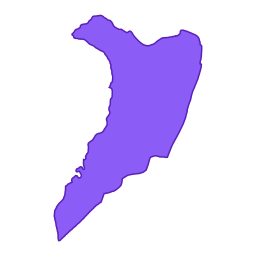 outline of Cidade De Pemba, Cabo Delgado, Mozambique
{"feature_id": "85939544B58572468312701", "entity_name": "Cidade De Pemba", "entity_type": "district", "adm_level": 2, "iso_a3": "MOZ", "parent_name": "Mozambique", "parent_adm1": "Cabo Delgado", "projection": "natural_earth1", "projection_center": [40.514, -13.03], "detail": "fine", "context": "isolated", "style": "filled", "palette": "violet", "viewbox_px": 256, "rotation_deg": 0, "n_neighbors": 0, "source": "geoboundaries", "source_scale": "gbopen_adm2", "svg_char_len": 5635}
<svg xmlns="http://www.w3.org/2000/svg" viewBox="0 0 256 256"><path d="M58.6,240.6L59.6,240.6L60.4,240.1L61.1,239.2L62.1,238.4L63.3,237.1L64.0,236.6L65.2,235.5L65.6,234.6L66.7,234.1L67.5,233.0L68.4,232.5L69.3,231.3L70.2,230.8L70.9,230.0L71.9,229.4L72.7,228.4L74.8,226.6L75.6,226.1L76.5,225.0L78.7,223.0L79.5,222.6L80.2,221.6L83.1,218.8L83.9,218.2L84.4,217.1L85.3,216.6L85.7,215.9L86.6,215.2L87.3,214.1L88.2,213.6L88.6,212.7L89.5,212.2L90.0,211.3L90.7,210.9L91.4,210.2L92.0,209.5L93.7,208.1L94.0,207.2L94.9,206.8L95.8,206.0L96.4,205.1L97.7,204.6L99.4,203.1L101.0,202.3L101.2,201.5L101.3,201.2L101.5,201.0L104.1,193.6L109.0,192.7L109.5,192.4L111.2,191.9L111.4,191.6L114.2,191.0L116.7,189.3L119.0,187.4L121.0,185.3L121.9,182.3L122.3,178.7L123.4,177.9L123.8,177.7L127.5,175.4L128.4,175.1L129.4,174.8L130.1,174.8L131.6,174.4L133.2,174.1L133.9,174.1L134.8,173.9L135.6,173.9L136.7,173.7L137.7,173.7L139.1,173.4L140.1,173.4L140.8,173.0L141.4,172.6L142.2,172.6L143.1,172.3L144.1,171.6L145.1,170.8L146.1,170.1L146.6,169.0L148.1,164.6L148.4,163.4L148.7,162.6L149.0,161.4L149.6,159.3L149.9,158.3L150.9,157.1L151.6,156.8L153.0,156.4L154.0,156.1L154.7,155.8L155.6,155.8L158.2,156.3L159.8,156.9L160.6,156.9L161.6,156.9L163.3,156.9L164.3,157.1L165.1,157.1L165.9,157.4L167.4,157.3L168.1,155.3L172.1,145.3L179.1,132.4L183.3,123.7L185.8,116.8L186.0,115.4L186.1,115.2L186.4,114.0L186.8,112.8L187.1,111.6L187.3,109.4L188.8,104.4L190.6,99.6L191.5,95.3L191.6,95.0L191.7,94.9L191.8,94.1L193.0,90.4L194.6,87.1L194.6,86.8L194.7,86.4L195.9,83.7L197.8,79.0L199.3,74.0L200.3,70.5L201.1,67.3L201.3,65.7L201.4,64.6L201.2,64.2L200.9,63.9L200.6,64.1L200.3,64.1L200.1,63.6L200.1,62.6L200.2,62.3L200.3,61.0L201.0,58.8L201.3,55.9L201.6,51.2L201.7,49.4L201.7,46.8L201.6,46.0L201.4,45.4L200.3,44.7L200.1,43.9L200.1,43.2L200.0,42.1L199.6,41.1L199.3,40.1L199.0,38.7L198.3,37.4L197.3,36.3L196.2,35.4L194.5,34.5L193.0,33.9L191.2,33.1L187.1,31.4L183.5,30.3L182.1,30.1L180.8,30.5L180.3,31.4L180.3,32.5L180.0,33.7L178.9,34.6L178.1,35.3L177.0,35.9L175.7,35.8L175.7,36.1L174.0,36.3L171.4,36.9L170.2,37.0L167.9,37.5L166.3,37.6L165.3,37.7L164.3,37.7L162.8,37.9L161.7,38.2L160.5,39.0L157.3,41.1L154.9,43.3L153.7,44.0L152.4,44.5L151.3,44.8L149.1,45.7L146.6,45.7L143.6,44.8L142.2,43.9L140.4,42.6L138.5,40.9L135.8,38.1L134.5,36.6L133.3,35.1L132.4,33.4L131.4,32.0L130.5,31.2L129.4,31.2L128.6,31.6L128.0,32.2L127.2,32.5L126.4,32.5L125.3,31.8L124.1,31.1L122.8,30.2L122.2,29.8L121.2,29.3L120.3,29.3L119.2,29.4L118.1,28.8L117.0,28.4L116.2,27.9L115.3,27.3L114.2,26.5L113.6,25.8L112.6,23.6L111.9,22.4L111.0,21.3L110.1,20.5L109.1,20.3L108.3,20.2L106.0,18.5L104.9,17.9L104.4,17.7L103.0,16.4L101.9,15.8L100.9,15.4L99.7,15.5L96.4,16.0L93.6,16.2L92.8,16.6L92.1,17.5L91.7,18.3L91.2,19.4L90.0,20.2L89.4,20.7L88.9,21.2L88.5,22.0L87.8,23.0L86.9,23.6L85.8,23.9L83.2,24.2L82.3,24.5L81.4,24.7L80.5,25.7L80.4,26.4L80.0,27.6L79.5,28.1L78.7,28.3L78.2,28.5L77.8,29.0L77.1,29.2L76.3,29.4L76.0,29.5L75.9,29.6L75.0,30.3L74.5,31.3L74.3,31.6L74.0,32.2L73.0,33.2L72.3,33.7L72.0,34.3L72.1,34.9L72.4,35.2L72.9,35.5L73.1,35.6L73.4,36.0L73.7,36.4L73.8,37.0L73.8,37.5L74.2,37.9L74.9,38.2L75.7,38.4L77.0,38.4L77.6,38.6L78.0,38.6L78.8,39.0L79.2,38.9L80.1,39.1L82.2,39.1L83.3,39.2L84.2,39.5L84.7,39.8L85.7,40.4L87.2,41.8L87.8,42.4L88.4,43.0L89.2,43.8L90.0,44.3L91.1,44.8L92.3,45.3L93.3,45.7L93.9,46.1L94.6,46.7L95.0,47.1L95.3,47.4L96.2,48.0L96.9,48.3L99.5,49.9L100.3,50.4L101.3,50.9L102.7,51.4L103.4,51.8L104.1,52.4L104.6,53.1L104.9,53.7L105.0,54.4L105.4,54.7L105.5,54.8L106.2,55.6L106.5,56.2L106.8,56.4L107.0,56.7L107.4,57.3L107.6,58.1L108.0,58.8L108.6,59.7L109.1,60.0L109.4,61.0L110.1,62.3L110.1,63.2L110.5,64.1L110.9,64.9L110.9,66.0L110.8,66.8L110.8,67.6L111.0,68.5L111.4,69.4L111.8,70.7L111.9,71.3L111.9,72.8L112.0,74.1L112.7,76.2L112.7,78.2L112.6,79.5L112.4,81.0L112.4,81.8L112.1,82.1L111.5,82.4L111.0,82.9L110.7,84.2L110.6,84.7L110.2,85.2L110.1,85.6L109.9,86.3L109.8,86.8L109.5,87.2L109.3,87.4L111.3,88.3L111.8,89.0L112.2,90.3L112.3,92.3L112.1,96.8L111.6,98.1L110.7,98.9L110.5,99.4L110.3,101.5L110.3,103.2L110.1,104.6L109.9,105.8L109.2,106.9L108.9,108.5L109.0,109.9L109.2,110.7L109.7,111.5L109.9,113.0L109.3,114.3L108.8,115.1L107.9,116.4L107.4,116.9L106.8,118.0L106.4,119.1L106.7,120.5L107.0,121.7L107.2,123.1L107.0,125.1L105.3,127.9L104.4,129.1L103.8,130.3L103.3,131.2L102.3,132.2L100.4,133.1L98.4,133.5L96.9,134.1L95.3,135.5L94.7,136.8L93.3,138.9L92.6,140.0L91.6,140.7L89.4,142.3L88.4,143.1L88.0,144.9L88.3,146.0L88.5,147.5L88.3,148.9L88.2,151.0L88.2,152.0L87.3,153.6L86.7,153.9L86.5,154.7L86.2,155.6L85.8,155.8L85.6,156.5L85.6,157.3L86.0,158.3L85.6,159.0L84.3,159.8L83.6,159.5L83.5,161.9L83.5,163.7L83.7,165.5L84.5,168.1L84.3,169.0L83.9,169.4L83.3,169.4L82.6,168.8L82.2,167.4L80.8,166.7L79.7,167.2L78.7,168.1L77.1,168.8L76.5,169.2L76.1,170.2L76.0,170.8L76.4,171.6L77.0,171.9L78.0,171.6L79.1,171.3L79.9,172.1L80.5,173.4L81.3,174.6L81.3,175.9L80.9,177.2L79.6,177.9L78.4,177.8L77.0,175.8L75.5,175.6L75.0,176.3L74.3,176.9L72.4,178.3L71.9,179.0L71.7,179.8L71.6,180.5L71.9,181.2L72.1,182.0L71.5,182.5L70.5,182.7L69.9,183.3L69.1,183.7L67.9,184.1L67.4,184.7L66.7,185.7L65.6,186.1L65.5,188.8L65.5,189.9L65.3,191.4L65.0,193.4L65.0,194.3L64.7,195.3L64.4,196.1L63.8,197.6L63.5,198.8L62.8,199.6L62.2,200.4L58.9,203.6L58.2,204.5L57.5,205.6L56.6,206.8L56.2,208.1L54.7,210.8L54.7,211.7L54.5,213.5L54.5,214.3L54.3,215.2L54.3,216.1L54.5,217.2L54.8,218.1L54.8,219.2L55.1,220.2L55.5,221.1L55.5,221.9L55.8,222.8L56.1,224.8L56.1,225.7L56.4,226.5L56.7,227.3L56.7,228.1L57.0,229.0L57.3,230.0L57.3,230.9L57.9,232.8L57.9,233.7L58.1,234.5L58.1,237.5L58.2,238.5L58.4,239.6L58.6,240.6Z" fill="#8b5cf6" stroke="#5b21b6" stroke-width="1.5"/></svg>